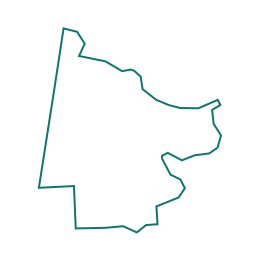 Cole, Missouri, United States of America (Equal Earth projection), rotated 355°
{"feature_id": "52423323B5889391019890", "entity_name": "Cole", "entity_type": "district", "adm_level": 2, "iso_a3": "USA", "parent_name": "United States of America", "parent_adm1": "Missouri", "projection": "equal_earth", "projection_center": [-92.198, 38.531], "detail": "fine", "context": "isolated", "style": "outline", "palette": "teal", "viewbox_px": 256, "rotation_deg": 355, "n_neighbors": 0, "source": "geoboundaries", "source_scale": "gbopen_adm2", "svg_char_len": 648}
<svg xmlns="http://www.w3.org/2000/svg" viewBox="0 0 256 256"><g transform="rotate(355 128 128)"><path d="M219.9,107.8L199.8,114.5L181.6,112.6L170.6,108.7L158.6,102.4L145.9,90.6L145.1,77.9L139.0,71.4L135.7,70.0L127.2,70.9L111.2,59.6L85.5,52.0L92.2,40.3L85.7,27.7L72.5,23.2L58.8,79.4L58.8,79.5L34.0,179.8L69.1,181.1L67.2,223.5L97.6,225.5L114.6,225.4L127.7,232.8L137.5,226.3L149.0,226.4L149.5,208.6L172.4,201.6L179.4,192.9L175.7,183.8L166.3,178.2L159.4,161.9L159.4,158.8L165.4,156.2L178.9,164.9L192.0,161.0L206.7,160.4L215.5,155.4L220.0,143.5L213.7,131.3L213.4,117.3L222.0,113.1L219.9,107.8Z" fill="none" stroke="#0f766e" stroke-width="2"/></g></svg>